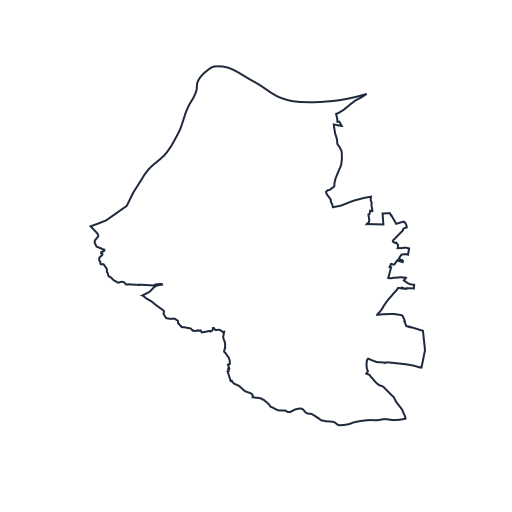 Soledad, Atlántico, Colombia (Equal Earth projection), rotated 256°
{"feature_id": "7082276B16795204487945", "entity_name": "Soledad", "entity_type": "district", "adm_level": 2, "iso_a3": "COL", "parent_name": "Colombia", "parent_adm1": "Atlántico", "projection": "equal_earth", "projection_center": [-74.779, 10.91], "detail": "fine", "context": "isolated", "style": "outline", "palette": "slate", "viewbox_px": 512, "rotation_deg": 256, "n_neighbors": 0, "source": "geoboundaries", "source_scale": "gbopen_adm2", "svg_char_len": 6107}
<svg xmlns="http://www.w3.org/2000/svg" viewBox="0 0 512 512"><g transform="rotate(256 256 256)"><path d="M102.0,238.7L100.8,240.4L100.6,240.9L99.1,246.5L98.6,247.5L97.2,248.7L96.5,250.4L96.4,251.2L96.5,252.2L97.6,256.7L97.6,259.6L97.4,261.8L96.9,263.1L96.3,264.0L95.4,264.7L92.7,266.0L91.5,267.0L90.6,268.0L89.7,270.6L89.4,271.5L88.8,272.3L84.5,276.5L84.5,276.3L80.7,279.7L80.3,280.3L79.9,281.7L79.0,283.1L76.9,289.6L76.1,291.2L75.3,292.3L72.3,294.6L71.8,295.3L70.9,299.5L70.6,302.2L70.4,304.7L70.4,306.5L70.8,309.1L70.9,310.7L70.8,313.3L70.6,317.5L69.8,323.9L69.1,327.5L67.7,332.2L67.2,334.8L67.0,337.1L67.0,339.0L66.6,341.4L65.7,344.1L64.0,348.2L63.4,350.3L62.5,355.0L62.2,357.7L62.0,361.7L63.0,361.7L63.0,361.8L65.0,361.7L71.9,360.5L80.8,356.6L85.9,355.5L87.0,354.6L97.8,348.2L99.4,346.8L100.6,344.5L102.3,343.1L104.5,341.6L109.5,339.1L110.9,338.2L113.1,337.5L115.2,334.6L116.5,336.2L117.0,336.6L117.5,336.7L119.7,336.3L123.5,336.8L128.0,338.4L129.3,340.0L126.8,343.2L123.7,347.8L122.6,351.7L121.6,354.4L121.1,355.1L121.4,355.2L121.4,355.5L120.9,358.3L114.9,374.7L114.1,376.5L113.9,377.2L112.8,379.4L111.7,382.1L108.4,387.7L108.6,387.7L107.8,389.6L123.7,397.2L143.0,399.9L148.8,390.3L150.4,387.5L150.0,387.5L151.7,384.9L156.7,384.2L156.7,384.6L159.6,384.4L159.9,384.1L162.1,383.9L163.5,382.7L166.0,376.7L166.8,374.4L168.8,364.7L169.6,359.4L170.1,359.7L172.3,363.3L175.3,366.7L176.2,367.3L180.9,372.7L182.3,374.5L182.5,375.0L183.9,376.9L185.3,379.0L185.6,379.2L188.8,384.1L190.7,386.3L189.5,389.1L190.1,389.6L189.6,390.8L189.0,390.4L187.7,393.8L188.4,394.1L187.4,397.5L187.2,398.6L186.3,401.4L189.7,402.5L191.4,398.6L192.7,396.9L196.6,393.5L198.5,396.3L198.7,396.1L200.3,391.6L200.9,388.2L200.9,387.4L201.5,385.2L201.7,381.7L202.0,380.7L202.6,379.0L212.4,384.4L212.9,383.0L215.6,385.0L215.6,385.4L214.4,387.3L214.3,388.1L214.8,388.8L217.5,391.8L214.6,396.9L215.6,397.4L216.7,396.7L218.6,393.7L219.1,394.1L222.2,397.5L221.6,401.1L221.8,401.3L220.5,403.8L226.3,406.4L228.0,403.1L228.5,398.7L229.4,395.3L230.4,396.0L232.4,396.5L233.8,395.8L234.8,395.6L235.1,395.4L235.1,393.9L236.9,392.3L237.3,392.3L238.1,392.9L245.1,404.5L246.4,405.2L246.8,405.8L247.1,406.8L247.3,409.2L247.8,409.3L250.3,409.3L251.7,408.9L253.2,408.2L253.1,407.7L253.5,407.4L253.7,407.0L253.3,399.8L262.7,397.2L262.6,396.8L265.2,396.2L266.6,389.1L255.8,387.2L259.9,372.3L260.1,371.1L260.4,371.4L261.2,373.5L263.3,374.6L269.0,375.1L269.1,376.0L270.0,376.7L272.4,377.8L271.4,379.7L272.1,380.0L277.5,380.3L279.4,381.1L282.7,380.8L285.7,381.9L286.2,374.9L286.1,365.1L285.8,361.8L284.3,350.4L284.7,342.4L286.9,342.5L291.1,341.7L292.2,342.2L292.6,342.2L298.1,339.9L299.7,339.5L301.2,339.4L302.1,340.7L302.5,341.6L302.3,342.3L302.3,342.8L302.6,344.5L303.3,345.4L304.0,347.7L304.6,348.6L304.9,348.9L307.8,349.8L311.9,351.9L318.8,356.9L322.0,359.5L324.5,361.0L329.3,362.8L333.6,363.8L334.9,364.0L335.8,364.3L337.5,364.3L341.3,363.5L344.4,362.2L345.0,362.1L347.2,362.3L348.6,362.7L352.2,362.7L355.7,362.4L363.8,363.1L364.8,363.3L363.5,366.2L362.9,367.2L361.5,370.6L366.2,369.3L366.5,367.5L369.7,368.0L374.5,368.1L374.8,370.6L376.1,374.8L377.0,377.4L377.6,378.3L378.9,381.4L380.5,384.5L381.2,386.3L382.4,389.0L383.1,391.0L384.3,396.1L386.5,402.6L386.2,392.7L386.4,383.5L387.0,374.6L387.9,367.4L389.8,356.0L391.6,347.4L394.7,336.3L396.5,331.2L397.9,327.8L399.7,324.3L402.4,319.9L404.4,317.0L406.7,314.2L411.0,309.9L419.8,302.1L422.8,299.2L429.1,292.5L438.6,283.0L442.8,278.3L445.5,274.4L446.8,271.9L447.8,269.9L449.1,265.6L449.8,262.4L450.0,261.0L449.8,259.2L449.3,257.2L448.6,255.3L446.9,251.7L445.8,249.4L444.5,247.4L443.1,245.4L441.6,243.7L439.8,242.1L438.0,240.8L436.3,240.1L432.0,238.8L428.6,236.7L424.6,233.5L419.5,228.3L416.3,225.6L411.8,222.3L401.4,215.8L397.6,213.3L394.2,210.5L386.5,203.5L383.1,200.2L380.6,197.4L378.3,194.7L375.9,191.4L373.5,187.1L369.6,178.9L367.8,175.5L366.4,173.2L363.0,168.8L360.6,166.1L358.8,164.4L347.6,152.6L335.9,142.7L326.8,119.2L325.7,111.1L324.8,102.7L317.8,106.7L315.3,107.9L314.5,108.0L313.4,107.7L312.9,107.3L310.3,103.7L308.8,102.8L307.7,102.7L304.3,103.4L303.4,103.9L302.5,105.4L301.4,106.5L301.1,107.4L300.3,108.0L300.0,108.4L298.8,110.4L298.0,110.2L298.0,109.2L297.4,109.0L297.3,106.8L297.2,106.7L296.2,106.4L296.0,106.6L295.3,107.4L294.5,107.4L294.2,107.0L292.4,103.8L291.8,103.3L289.6,102.9L289.2,102.9L287.9,103.6L286.5,103.1L285.9,103.2L285.4,103.5L285.3,103.8L285.2,105.4L284.8,106.1L283.4,106.7L279.8,108.0L278.5,108.0L276.8,107.4L275.1,108.0L273.2,108.0L272.3,108.1L271.5,108.6L270.0,110.3L268.0,111.3L266.1,112.8L265.6,113.2L265.3,114.0L263.9,115.1L263.4,116.2L263.4,117.1L263.6,118.3L263.5,119.4L262.9,120.9L262.2,121.8L259.8,123.0L259.3,124.9L259.5,125.1L256.1,135.8L256.4,136.0L252.1,149.8L252.7,151.4L252.0,156.5L251.7,157.6L251.4,157.9L250.9,157.9L251.3,154.2L251.2,152.3L250.9,151.0L250.5,149.7L247.4,144.8L246.9,143.6L245.2,136.2L244.9,136.7L241.0,139.6L237.3,143.6L232.4,147.2L226.9,151.9L225.2,153.2L224.6,153.3L222.3,152.3L217.8,153.6L217.3,154.1L215.9,157.2L214.9,161.8L212.2,164.4L211.2,164.6L209.7,164.1L208.6,164.9L207.1,165.4L206.2,166.3L205.0,166.6L204.7,167.4L204.3,169.1L203.4,170.8L201.6,174.9L201.2,175.3L198.9,176.5L199.0,177.1L198.3,177.7L197.9,179.2L197.8,180.2L198.0,181.7L197.3,181.9L197.3,184.2L195.0,184.8L194.9,186.8L194.7,187.1L194.7,187.6L194.6,191.5L194.5,193.1L193.7,193.5L194.1,195.0L194.7,196.0L195.6,196.6L196.5,196.7L196.5,197.5L195.9,197.9L194.6,198.3L194.0,198.8L193.8,199.2L193.4,202.2L193.2,202.8L192.8,203.4L191.7,204.2L190.8,205.2L190.2,205.4L190.2,206.8L185.7,204.7L184.9,204.5L182.7,204.5L181.3,204.8L179.3,204.9L176.5,204.4L173.8,203.6L172.6,202.6L170.9,201.9L168.7,203.1L163.7,205.0L160.7,205.2L157.4,204.4L157.4,202.5L153.7,202.8L153.7,202.4L152.8,202.5L152.8,201.5L151.0,201.6L150.9,200.5L140.8,201.2L140.8,202.3L140.2,202.3L137.5,203.8L134.0,208.2L127.7,212.4L126.9,213.4L124.6,216.9L123.8,217.9L122.9,218.6L121.6,219.1L121.0,219.1L119.7,218.5L119.0,220.7L118.6,221.2L118.0,223.4L117.0,225.5L116.8,226.2L116.6,226.5L115.2,227.4L114.9,228.5L109.2,232.5L106.2,233.7L105.0,235.4L102.0,238.7Z" fill="none" stroke="#1e293b" stroke-width="2"/></g></svg>